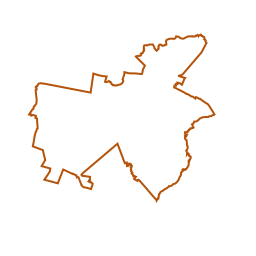 outline of Oriental, Puebla, Mexico, rotated 76°
{"feature_id": "50627088B61096049889972", "entity_name": "Oriental", "entity_type": "district", "adm_level": 2, "iso_a3": "MEX", "parent_name": "Mexico", "parent_adm1": "Puebla", "projection": "robinson", "projection_center": [-97.583, 19.328], "detail": "fine", "context": "isolated", "style": "outline", "palette": "amber", "viewbox_px": 256, "rotation_deg": 76, "n_neighbors": 0, "source": "geoboundaries", "source_scale": "gbopen_adm2", "svg_char_len": 5511}
<svg xmlns="http://www.w3.org/2000/svg" viewBox="0 0 256 256"><g transform="rotate(76 128 128)"><path d="M51.8,92.3L52.7,92.9L54.1,93.2L54.4,93.5L54.7,93.5L55.0,93.3L55.3,93.2L56.0,93.8L57.0,93.7L57.1,93.8L57.3,94.6L57.6,94.7L58.1,95.2L58.8,95.6L58.8,97.1L58.9,97.4L59.3,97.1L59.6,97.1L60.6,97.8L60.8,98.3L60.8,99.4L60.4,100.7L60.5,101.7L60.3,102.7L60.6,103.1L71.6,96.5L75.2,99.6L76.0,99.8L77.8,100.7L79.0,101.6L76.7,108.0L75.5,112.7L75.0,114.1L73.0,118.0L75.4,118.7L76.7,119.7L79.6,121.5L80.3,121.2L81.8,121.4L82.1,121.7L83.3,123.2L83.8,124.5L83.9,127.8L83.8,128.3L84.0,128.7L83.9,129.3L83.5,129.9L83.4,130.9L83.0,131.4L83.2,131.6L82.5,132.5L82.3,132.3L81.5,133.2L81.2,133.3L80.5,133.3L78.9,134.5L78.8,134.2L77.8,135.1L78.3,137.4L78.2,138.3L77.6,139.1L72.8,136.3L71.6,139.7L69.8,143.5L68.4,145.9L66.8,148.4L84.6,155.7L65.0,197.9L63.4,202.1L63.3,203.7L63.6,204.4L64.0,204.8L65.4,205.9L65.2,206.5L65.9,207.0L66.0,207.6L66.5,207.6L67.2,207.3L67.8,207.5L68.0,207.2L68.6,207.3L69.0,208.5L77.8,209.7L79.1,209.9L82.2,211.1L84.4,213.7L84.4,214.2L86.7,215.3L86.8,216.2L90.9,220.6L91.3,218.9L91.5,218.7L92.4,219.2L92.6,218.8L92.4,218.4L92.5,218.0L92.4,217.6L92.6,216.6L93.0,216.0L94.0,214.4L95.2,214.9L95.8,215.4L96.8,214.0L99.3,214.5L106.4,215.7L106.7,215.9L106.9,216.7L108.7,217.6L109.7,218.7L111.4,219.4L112.5,220.2L119.0,223.0L122.8,224.8L128.8,216.0L139.1,216.1L144.1,221.0L148.5,213.2L151.4,214.5L153.7,216.9L157.9,221.7L164.7,209.5L152.6,200.9L159.4,192.6L159.1,192.4L160.7,190.6L161.5,189.5L161.8,189.7L162.5,189.7L163.5,189.5L163.3,189.2L163.4,188.8L163.8,188.0L170.5,187.1L171.5,187.0L171.8,187.1L172.0,186.8L173.7,186.3L174.8,185.2L176.0,182.5L177.5,180.0L178.3,178.7L176.9,177.9L175.6,176.8L173.5,175.7L172.8,176.2L172.0,176.9L170.2,177.7L171.2,178.3L170.3,179.2L170.0,178.7L169.5,178.5L168.6,177.2L168.2,177.2L168.0,177.3L166.2,176.7L163.2,184.1L162.5,184.5L161.9,184.4L161.6,184.0L160.8,182.6L140.7,142.0L161.4,139.6L161.2,137.6L162.5,137.9L162.9,137.5L163.7,137.5L164.0,138.0L164.7,138.2L164.7,136.5L162.8,136.2L162.9,135.3L163.0,135.2L163.4,135.1L163.4,134.3L164.9,134.3L165.2,134.2L164.9,133.7L165.9,133.4L166.9,134.2L167.1,134.9L168.6,134.8L169.0,134.9L169.2,135.3L171.0,135.0L171.1,135.3L172.6,134.6L173.1,135.4L174.5,134.6L176.1,134.4L175.8,133.9L177.2,132.1L178.7,134.3L179.0,134.4L181.6,131.6L180.7,131.0L180.8,130.3L181.8,129.6L191.5,124.5L193.0,123.9L204.9,117.8L205.3,117.8L204.8,117.3L203.8,116.5L204.0,115.7L202.9,115.2L202.9,115.4L200.3,114.1L199.8,114.0L199.5,113.1L198.1,112.2L198.1,111.9L197.6,111.1L197.4,109.8L197.2,109.5L197.2,109.1L196.1,106.5L196.0,105.5L195.8,104.8L195.3,104.0L194.7,102.4L194.4,102.3L194.6,101.7L194.5,99.5L193.4,97.8L193.3,95.5L192.6,94.2L191.5,92.4L190.9,91.9L190.1,91.1L187.8,89.6L187.2,88.6L186.7,88.2L186.2,87.9L184.4,87.5L183.8,86.9L183.2,85.5L182.9,85.2L182.3,85.3L182.0,85.3L181.9,85.2L181.7,85.3L181.6,85.2L181.7,84.9L181.9,84.7L181.5,84.4L182.0,84.1L181.7,83.8L181.7,83.7L181.7,83.2L181.9,82.6L182.1,82.6L182.0,82.4L182.3,82.2L182.1,81.7L179.5,78.7L178.0,77.9L175.9,77.3L175.1,77.3L175.1,77.1L175.1,76.8L174.6,76.8L174.7,76.4L174.1,76.0L173.8,76.1L173.6,75.5L173.2,75.4L172.9,74.9L172.6,74.6L171.8,74.4L171.3,74.1L170.8,74.2L170.0,75.4L169.7,75.4L169.1,75.8L168.7,75.7L168.2,75.2L167.0,76.4L167.6,77.1L166.7,76.8L166.2,76.4L166.0,76.6L164.0,77.0L163.4,76.0L162.2,75.1L161.2,74.8L160.3,74.5L159.5,74.9L159.1,74.9L155.5,74.3L154.3,74.2L154.0,74.1L153.5,74.3L153.2,74.8L152.7,75.1L152.0,75.2L151.4,75.0L149.8,74.8L150.2,73.6L149.2,73.6L149.2,72.8L149.0,72.6L148.6,73.6L148.1,73.7L148.1,74.0L147.5,73.9L145.9,73.8L145.8,73.7L146.3,73.0L146.7,71.6L146.1,70.9L145.6,71.0L145.4,70.0L145.0,69.7L144.8,69.3L144.5,69.5L144.4,69.4L144.4,69.0L144.2,68.3L143.7,67.9L143.9,67.7L143.8,67.0L143.6,67.1L143.4,65.9L143.7,64.9L143.3,64.3L141.9,64.8L141.4,64.7L139.9,65.0L139.5,63.5L137.8,62.2L138.1,60.7L138.1,59.7L137.4,58.0L136.2,56.0L135.8,54.3L135.7,52.6L135.8,52.3L135.8,51.6L135.9,51.3L135.9,50.7L136.1,50.0L136.4,49.4L136.4,48.6L136.7,47.3L136.5,47.1L136.3,46.2L136.6,44.1L136.3,43.6L136.0,42.7L136.1,41.6L135.7,40.8L126.1,43.9L124.7,44.5L123.9,45.0L121.2,47.7L120.8,47.9L119.9,48.8L117.1,51.0L117.1,51.5L114.5,54.5L115.7,55.6L113.4,57.3L112.5,59.2L111.6,59.8L110.8,60.8L110.2,61.2L109.4,62.2L108.9,63.3L108.5,63.7L107.9,64.0L106.5,65.5L100.3,72.7L99.9,73.4L99.4,73.3L99.5,72.9L98.0,72.5L98.4,71.2L96.8,70.9L97.3,69.4L95.9,69.1L97.1,66.9L97.5,66.5L98.8,65.5L98.6,65.3L98.9,65.0L94.1,61.5L93.3,60.5L89.5,66.7L89.7,63.5L88.9,61.6L72.5,38.5L64.4,31.2L63.9,31.5L62.8,31.8L61.8,31.9L61.6,31.5L60.5,32.1L60.3,32.5L59.7,32.1L58.2,32.1L57.5,32.9L57.4,33.3L56.8,33.5L56.7,33.7L56.6,34.2L56.2,34.1L55.8,34.4L55.5,34.6L55.4,34.5L55.1,34.6L55.0,34.8L55.5,36.6L55.3,36.9L55.4,37.2L55.1,37.4L55.6,37.6L54.7,38.0L54.8,39.6L55.1,39.7L54.9,40.3L55.4,40.7L55.4,41.2L54.8,43.0L54.6,43.2L54.8,43.6L54.4,44.1L53.7,47.5L54.1,50.0L54.7,52.3L54.7,52.9L54.3,54.0L53.8,54.9L53.4,55.2L52.8,56.1L51.9,56.6L51.7,56.8L50.7,59.1L51.6,59.5L52.3,60.4L52.6,61.3L52.6,61.8L52.5,62.4L52.2,62.8L51.5,65.7L51.7,68.3L51.9,69.1L52.2,69.6L53.0,70.1L55.8,70.5L56.3,70.6L56.5,70.7L56.3,72.2L56.8,73.5L56.8,74.1L56.3,75.0L55.6,75.3L55.4,75.6L55.1,75.9L54.9,76.4L55.0,77.0L55.2,77.3L55.0,77.5L55.3,77.7L55.6,78.4L56.4,78.6L56.9,78.9L57.4,78.9L57.7,79.2L58.0,79.0L58.3,79.1L58.6,79.2L58.8,79.7L59.2,80.4L60.0,81.5L59.1,82.1L57.3,82.9L56.9,83.0L56.5,82.9L55.0,83.1L52.9,83.8L52.8,84.0L52.6,85.5L52.3,86.3L52.2,87.8L52.6,89.3L52.3,90.1L52.0,90.3L51.8,92.3Z" fill="none" stroke="#b45309" stroke-width="2"/></g></svg>